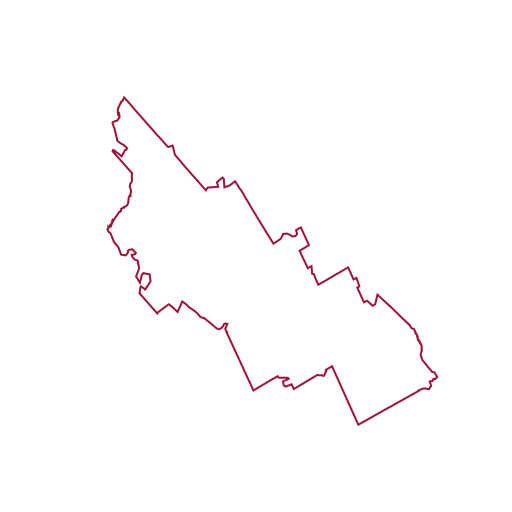 Kalna pag., Jekabpils, Latvia (Robinson projection), rotated 251°
{"feature_id": "27541924B87645063138183", "entity_name": "Kalna pag.", "entity_type": "district", "adm_level": 2, "iso_a3": "LVA", "parent_name": "Latvia", "parent_adm1": "Jekabpils", "projection": "robinson", "projection_center": [25.845, 56.324], "detail": "fine", "context": "isolated", "style": "outline", "palette": "rose", "viewbox_px": 512, "rotation_deg": 251, "n_neighbors": 0, "source": "geoboundaries", "source_scale": "gbopen_adm2", "svg_char_len": 5796}
<svg xmlns="http://www.w3.org/2000/svg" viewBox="0 0 512 512"><g transform="rotate(251 256 256)"><path d="M82.5,387.9L87.8,386.9L89.4,384.6L103.7,379.4L109.0,379.5L111.7,381.1L112.3,381.9L113.6,382.3L114.4,382.2L115.2,382.8L115.3,382.8L116.1,383.2L117.4,383.4L118.2,383.3L118.5,383.2L118.8,383.3L119.2,383.1L119.5,383.1L119.8,382.8L120.2,382.9L120.5,382.8L120.7,382.7L120.8,382.6L121.4,382.8L121.4,383.0L121.9,382.8L122.1,382.7L122.6,382.2L123.0,382.0L123.3,382.2L123.3,381.9L123.8,381.8L124.1,382.0L124.6,381.9L124.8,382.0L125.2,381.9L126.1,382.0L126.3,382.1L126.2,382.4L126.4,382.5L126.8,382.3L127.1,382.2L127.2,382.5L127.9,382.4L128.2,382.5L128.4,382.7L128.6,382.7L128.8,382.6L129.1,382.6L129.3,382.3L129.7,382.2L130.0,382.3L130.2,382.1L130.2,381.9L130.3,381.8L130.5,381.9L130.9,382.0L131.3,381.7L131.5,381.7L131.7,381.9L132.0,381.8L132.3,381.9L132.4,381.7L132.6,381.7L133.4,381.8L133.7,381.6L133.9,381.6L134.2,381.7L135.2,381.8L135.9,381.4L136.3,380.5L137.0,379.7L137.5,379.4L139.7,378.9L140.1,378.9L141.8,378.3L141.7,378.2L147.4,375.3L149.2,374.2L156.8,370.5L165.1,366.3L165.1,366.2L175.3,360.7L179.9,358.3L171.5,352.9L171.0,350.0L177.4,346.6L177.2,342.9L193.2,341.5L193.6,343.8L195.3,343.9L202.6,343.8L202.1,340.6L215.2,339.4L214.9,337.5L213.6,331.4L212.0,322.7L211.6,321.2L209.8,312.2L208.6,305.5L217.5,304.8L219.8,305.0L220.9,303.3L228.4,305.2L227.6,301.0L246.8,298.9L248.3,306.4L248.5,306.8L248.9,309.2L249.2,309.6L257.1,308.8L268.5,307.7L267.4,302.3L263.5,302.1L262.0,299.9L262.6,296.8L265.4,294.6L267.3,292.2L267.5,290.5L268.1,288.8L267.2,288.1L265.6,286.5L264.1,284.7L262.0,276.5L286.6,270.9L287.8,270.7L293.9,269.3L294.9,269.2L299.4,268.1L310.1,266.0L314.0,265.1L315.1,265.0L316.6,264.6L320.1,264.1L321.0,263.7L323.6,263.2L325.3,262.4L327.2,262.1L327.5,262.0L328.1,261.9L333.4,260.5L331.3,254.1L331.2,251.9L331.3,250.4L331.2,248.5L339.7,250.7L341.1,249.8L339.8,246.3L338.6,243.8L338.4,243.1L333.7,242.8L335.9,234.7L336.5,233.0L335.1,230.7L334.4,230.0L367.8,216.2L368.3,216.2L377.5,212.5L377.9,212.4L378.8,212.3L387.2,213.2L387.6,213.1L387.5,212.2L387.6,208.9L387.7,208.6L387.9,208.3L388.5,207.9L400.6,202.9L401.4,202.5L401.4,202.4L438.1,187.3L438.5,187.3L448.8,183.0L447.1,181.1L446.3,180.7L445.8,179.3L445.9,179.0L445.4,178.4L445.1,178.4L444.7,178.2L444.6,177.9L444.7,177.7L442.4,175.5L440.0,173.2L439.4,173.1L438.2,172.6L436.6,172.0L436.1,172.2L436.0,173.0L435.9,173.0L435.4,173.1L434.6,172.9L434.4,172.7L434.3,172.4L434.4,172.1L434.8,171.7L434.6,171.5L434.2,171.6L433.7,172.2L433.6,172.6L433.1,172.6L432.9,172.5L432.8,172.1L432.3,172.0L431.5,172.1L429.2,168.8L429.4,165.6L429.0,164.1L428.6,163.6L420.7,163.6L417.0,163.1L412.1,162.7L411.1,162.4L409.8,162.5L407.5,164.1L405.3,165.8L403.8,167.3L401.2,168.5L400.8,168.9L399.7,169.2L398.6,167.6L398.9,166.7L397.1,164.9L394.6,162.0L394.0,161.5L397.2,159.5L400.8,156.8L401.0,157.0L402.8,155.6L401.8,154.5L374.5,165.8L372.2,164.6L369.9,164.0L367.5,163.2L366.2,162.1L365.5,161.2L365.4,160.8L363.1,159.3L362.3,159.2L358.1,159.1L355.4,157.5L354.6,156.7L353.5,156.8L353.7,155.5L352.7,154.7L349.5,153.2L348.0,152.6L345.7,150.5L345.5,149.1L345.1,148.0L345.3,147.2L344.7,147.0L344.8,146.5L344.8,145.0L344.5,144.8L344.5,144.1L344.4,143.7L344.0,143.7L342.5,143.0L342.4,142.6L342.1,142.0L342.2,141.6L342.2,140.7L341.1,139.7L340.3,138.6L339.3,137.3L338.7,136.1L337.4,134.6L336.7,133.5L336.1,133.0L336.5,132.9L337.0,132.4L336.7,132.2L336.2,131.6L335.8,131.7L335.7,131.6L335.9,131.4L335.8,131.2L335.4,131.2L335.2,131.4L334.9,131.4L334.1,130.8L334.0,130.4L333.5,130.2L333.7,129.8L333.3,129.4L333.3,129.1L332.9,129.1L332.6,129.2L332.3,129.1L332.2,129.0L332.2,128.8L332.4,128.7L332.9,128.6L333.0,128.4L332.7,127.9L332.1,127.8L331.6,127.7L331.5,127.8L331.4,128.1L331.1,128.2L331.1,127.9L331.2,127.4L331.7,127.0L331.5,126.8L332.1,126.7L331.3,126.5L331.2,126.4L331.3,126.3L331.7,126.0L330.9,125.9L330.8,125.6L330.1,124.9L329.5,124.1L329.2,124.2L327.1,124.4L324.7,125.9L323.2,125.9L315.3,126.3L309.5,128.7L301.2,128.9L299.0,133.0L299.1,133.4L300.6,135.6L301.2,136.2L302.4,136.4L303.2,138.0L302.6,141.2L298.1,143.4L297.1,142.1L297.5,138.8L295.1,138.8L292.0,140.3L290.2,142.6L288.2,142.7L287.6,141.8L285.7,142.0L282.2,141.4L276.7,136.8L275.5,135.9L274.4,136.3L268.6,137.5L272.9,140.5L273.6,140.6L275.4,142.0L275.8,142.7L275.9,143.2L276.5,143.9L273.2,149.5L266.3,148.0L261.1,141.2L260.4,140.2L261.5,139.7L264.1,137.8L264.7,137.3L264.7,136.9L259.7,134.3L259.0,134.0L258.1,134.1L258.1,133.9L257.7,134.1L233.9,143.9L234.5,144.5L235.5,147.5L238.0,155.3L238.7,157.9L235.8,159.8L228.6,163.7L230.6,165.4L231.8,166.7L233.2,167.9L237.0,171.5L233.0,174.3L231.7,174.9L229.6,175.9L223.2,180.6L220.0,182.2L216.4,183.6L214.0,186.7L214.1,186.8L210.1,189.3L207.4,191.1L201.2,194.7L199.9,195.6L199.2,196.4L198.8,197.3L198.8,197.6L198.9,199.0L199.1,199.5L200.1,201.6L201.8,203.5L202.0,203.8L202.2,204.3L202.2,204.9L202.1,205.2L201.2,206.3L201.1,206.7L197.0,203.1L193.6,203.8L193.6,203.3L188.0,203.9L129.7,209.8L132.8,224.5L135.3,237.3L134.0,237.5L133.7,237.7L133.4,238.1L132.2,241.7L130.7,245.9L130.4,246.3L130.2,246.6L129.2,246.9L128.6,240.6L124.5,240.2L122.9,241.5L123.1,247.8L117.9,248.5L119.2,254.6L123.6,275.4L123.2,275.7L122.5,277.2L122.4,277.8L122.2,278.1L122.1,278.5L121.9,279.1L121.1,280.3L120.9,280.4L120.8,280.8L120.6,280.9L120.8,281.4L121.0,281.6L121.0,281.8L122.6,283.1L123.0,283.7L123.4,283.8L123.9,284.2L124.0,284.6L124.1,284.9L124.2,285.0L125.6,285.0L127.0,292.0L63.2,297.8L69.2,330.4L69.4,331.8L69.6,333.5L70.6,338.6L75.5,365.9L75.9,365.9L76.2,369.2L76.4,369.9L75.7,372.9L73.7,376.2L75.9,378.7L75.9,379.2L76.1,379.4L77.1,379.4L80.8,379.4L80.9,379.8L80.4,381.5L80.4,382.1L80.5,382.4L80.6,382.5L81.5,383.2L81.9,383.6L81.4,384.0L81.3,384.3L81.4,384.5L81.6,384.6L81.4,385.4L81.9,386.7L82.4,387.4L82.5,387.9Z" fill="none" stroke="#9f1239" stroke-width="2"/></g></svg>